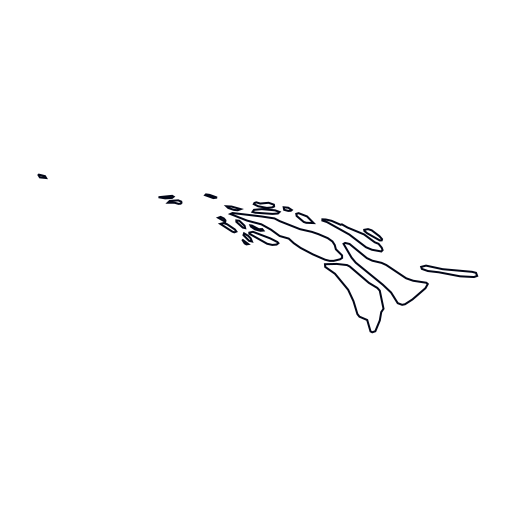 outline of Essequibo I./L.B.E.River, Essequibo Islands-West Demerara, Guyana, rotated 93°
{"feature_id": "73187651B51062108887281", "entity_name": "Essequibo I./L.B.E.River", "entity_type": "district", "adm_level": 2, "iso_a3": "GUY", "parent_name": "Guyana", "parent_adm1": "Essequibo Islands-West Demerara", "projection": "equal_earth", "projection_center": [-58.518, 6.771], "detail": "fine", "context": "isolated", "style": "outline", "palette": "ink", "viewbox_px": 512, "rotation_deg": 93, "n_neighbors": 0, "source": "geoboundaries", "source_scale": "gbopen_adm2", "svg_char_len": 2929}
<svg xmlns="http://www.w3.org/2000/svg" viewBox="0 0 512 512"><g transform="rotate(93 256 256)"><path d="M326.1,135.9L324.9,132.9L313.9,129.0L305.5,128.0L302.0,125.9L284.1,130.6L281.6,133.1L276.9,141.9L261.6,161.8L260.3,164.6L259.7,174.9L260.6,186.7L263.3,186.3L269.6,176.2L284.9,162.2L296.0,156.3L308.7,151.7L311.2,149.5L314.1,141.6L325.3,137.7L326.1,135.9ZM256.8,178.2L254.9,171.9L253.4,169.9L250.9,170.1L245.1,176.6L241.0,177.9L237.5,180.4L234.4,185.3L230.9,194.8L229.0,201.4L226.9,213.5L219.9,234.3L217.5,239.5L216.2,252.9L214.3,281.7L215.4,283.8L221.1,266.8L224.1,252.3L229.0,242.3L234.8,233.4L236.9,224.2L241.2,219.0L245.6,211.9L251.4,199.3L256.1,186.8L257.0,182.2L256.8,178.2ZM296.4,104.7L291.2,97.5L279.3,85.1L275.0,83.0L273.8,84.5L272.5,97.7L270.4,104.9L258.2,125.4L256.3,130.2L254.6,139.6L252.3,145.2L239.1,163.2L238.3,167.7L239.3,169.2L252.6,160.5L257.4,156.1L278.0,127.9L285.4,119.2L295.7,112.0L297.1,107.5L296.4,104.7ZM244.9,131.1L243.5,129.9L241.1,130.9L237.4,134.3L236.1,138.1L228.8,149.2L222.8,166.1L219.9,171.9L220.4,173.1L216.9,182.4L215.9,188.1L215.9,191.6L217.1,191.6L218.4,186.9L229.7,163.9L241.5,146.6L243.7,140.5L244.9,131.1ZM265.6,37.2L264.3,34.1L261.3,35.4L260.5,39.4L259.4,68.9L256.7,85.7L258.2,90.5L260.2,89.7L262.0,83.6L262.7,72.5L265.6,51.2L265.6,37.2ZM243.5,236.0L242.0,234.3L240.9,235.4L237.6,242.9L232.0,260.3L233.0,263.9L234.1,263.8L243.2,245.5L244.1,240.3L243.5,236.0ZM213.1,241.7L212.4,236.3L210.8,234.8L209.4,239.4L208.9,252.6L210.0,260.4L212.2,261.8L212.8,258.9L213.1,241.7ZM220.1,200.2L213.8,207.1L211.0,215.7L211.8,218.0L213.9,217.5L219.5,210.1L220.2,207.6L220.1,200.2ZM233.8,131.3L232.6,131.0L229.8,133.7L224.3,141.8L223.3,145.5L224.2,149.3L225.3,149.1L227.4,146.3L234.0,133.1L233.8,131.3ZM206.7,242.6L205.6,240.5L203.8,240.8L202.2,246.2L203.4,254.5L202.4,258.5L203.1,260.3L204.3,260.9L206.2,256.5L207.4,247.7L206.7,242.6ZM233.5,278.9L232.6,276.9L230.6,278.5L225.8,286.5L224.8,290.0L225.8,293.3L232.9,280.9L233.5,278.9ZM207.7,334.0L206.8,333.2L205.6,333.5L204.5,336.6L205.5,345.0L207.4,346.8L207.1,339.9L208.0,336.1L207.7,334.0ZM211.3,276.7L210.0,273.7L207.9,283.0L207.9,288.1L209.5,286.2L211.1,280.5L211.3,276.7ZM228.7,268.3L226.4,269.0L221.7,274.5L221.5,277.5L222.9,277.4L228.3,270.7L228.7,268.3ZM241.7,260.8L238.6,262.3L236.3,264.8L234.0,269.1L235.8,269.6L241.2,263.7L241.7,260.8ZM202.4,342.9L201.1,341.4L200.3,342.9L202.4,356.4L203.2,349.7L202.4,342.9ZM230.2,250.0L228.8,251.2L229.1,254.6L225.8,261.7L225.7,263.2L226.9,262.6L229.5,258.3L230.6,252.8L230.2,250.0ZM209.0,223.6L208.2,222.7L206.1,226.3L205.9,230.9L208.4,230.3L209.3,226.1L209.0,223.6ZM199.7,298.0L197.4,305.6L197.1,309.2L197.9,309.9L200.4,301.6L199.7,298.0ZM185.9,477.9L188.8,475.9L189.1,469.7L187.3,470.9L186.0,477.7L185.9,477.9ZM222.0,288.4L220.2,290.1L218.8,293.4L219.8,295.7L223.4,288.5L222.0,288.4ZM244.5,264.3L240.3,270.6L244.0,268.0L244.9,266.2L244.5,264.3Z" fill="none" stroke="#020617" stroke-width="2"/></g></svg>